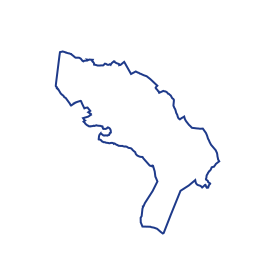 Ixtapaluca, México, Mexico, rotated 48°
{"feature_id": "50627088B19998510456179", "entity_name": "Ixtapaluca", "entity_type": "district", "adm_level": 2, "iso_a3": "MEX", "parent_name": "Mexico", "parent_adm1": "México", "projection": "orthographic", "projection_center": [-98.802, 19.329], "detail": "fine", "context": "isolated", "style": "outline", "palette": "blue", "viewbox_px": 256, "rotation_deg": 48, "n_neighbors": 0, "source": "geoboundaries", "source_scale": "gbopen_adm2", "svg_char_len": 5615}
<svg xmlns="http://www.w3.org/2000/svg" viewBox="0 0 256 256"><g transform="rotate(48 128 128)"><path d="M197.6,171.2L202.6,176.8L203.2,178.7L206.7,181.7L206.8,181.7L210.9,183.2L216.4,177.4L217.2,177.1L219.4,175.4L222.4,173.8L227.3,173.2L229.7,172.7L229.9,171.7L221.1,154.2L209.8,131.0L211.4,121.3L211.7,113.2L211.7,112.9L213.9,114.2L214.6,114.4L215.2,114.5L216.0,114.5L216.7,114.4L217.4,114.1L219.0,113.1L219.8,112.8L220.4,112.7L221.8,112.7L221.9,109.9L221.8,109.1L222.0,108.5L222.3,108.5L223.4,109.0L223.9,109.1L224.3,109.3L224.9,109.4L225.2,109.4L225.3,109.3L225.9,108.3L225.8,108.2L225.6,107.8L225.4,107.8L225.2,107.5L225.2,107.0L224.7,106.4L224.4,104.2L223.9,104.1L223.3,104.4L222.7,104.4L222.4,104.5L221.8,104.6L220.8,104.1L220.3,104.1L219.0,104.4L218.6,104.5L218.3,104.4L218.0,104.2L217.9,103.9L217.5,103.2L217.2,102.8L216.2,101.7L215.8,101.1L215.3,99.4L214.8,98.3L214.8,97.8L214.6,97.3L214.4,96.7L214.5,96.2L214.5,95.6L214.5,95.2L214.2,94.2L214.0,93.7L213.2,92.1L214.3,89.9L214.1,89.4L214.0,88.5L213.5,86.7L213.8,82.5L212.2,82.2L211.7,82.1L211.1,81.7L208.8,80.4L207.6,79.5L206.1,78.6L203.2,77.7L196.0,77.5L192.9,76.7L191.3,76.1L189.9,75.8L188.8,75.4L188.2,75.1L187.6,74.8L186.2,74.2L183.8,73.4L178.5,72.8L177.4,74.2L176.5,75.2L175.3,76.2L174.4,77.1L172.3,78.9L171.3,79.8L170.5,80.4L168.9,80.4L167.5,80.5L166.4,80.6L162.0,80.3L160.7,80.1L159.1,79.6L157.9,79.0L157.1,78.6L156.8,80.3L156.5,81.5L156.3,83.6L155.7,83.6L155.1,84.0L154.9,84.0L153.8,83.8L152.5,83.3L151.4,82.7L150.9,82.5L149.5,82.2L148.9,82.0L146.8,80.9L146.1,80.6L145.3,80.3L144.6,80.2L143.5,79.9L142.8,79.6L142.0,79.4L141.5,79.0L138.4,75.6L137.6,75.0L137.0,74.9L136.6,74.9L135.6,75.2L135.0,75.1L133.7,74.8L132.9,74.6L132.4,74.5L131.4,74.7L130.4,74.8L130.1,74.8L129.2,75.3L128.9,75.3L128.1,75.1L127.4,75.2L126.8,75.4L126.0,75.6L125.3,76.2L124.3,76.9L124.0,77.0L123.7,78.2L122.7,81.3L122.3,81.2L121.5,80.7L121.1,80.9L120.2,80.9L119.3,80.7L118.1,80.8L117.0,80.7L116.6,80.6L116.3,79.6L116.2,77.9L106.6,78.7L102.0,79.5L99.3,81.0L97.2,81.9L96.4,82.2L95.5,82.8L94.1,83.1L93.4,83.6L91.2,84.4L89.9,89.6L79.1,87.2L78.3,87.0L77.4,86.8L76.3,86.6L76.1,91.4L75.7,91.8L75.4,92.5L74.6,91.9L74.2,92.0L72.6,92.9L71.8,93.3L70.9,93.5L70.0,93.8L69.5,93.5L69.0,93.8L68.9,96.5L69.3,98.4L69.4,98.6L68.7,98.7L68.4,98.9L68.4,99.4L68.3,99.7L67.7,100.6L66.7,101.2L65.5,101.5L64.7,102.2L64.8,103.0L64.9,103.6L64.8,104.7L63.2,106.4L62.9,107.0L62.5,107.4L61.8,108.2L61.2,108.8L59.8,109.6L58.2,110.8L57.5,110.1L56.9,109.9L55.4,109.7L55.2,109.9L54.2,109.8L53.7,108.6L52.9,109.4L52.6,109.7L52.5,109.9L51.8,110.4L51.5,110.6L51.1,111.6L50.1,112.4L50.8,112.4L50.7,113.0L48.7,115.6L48.7,116.5L48.3,116.7L47.6,116.9L44.8,116.7L44.1,117.0L43.4,117.1L42.5,117.9L42.2,118.1L41.9,118.6L41.3,119.2L41.1,119.5L40.8,119.8L40.3,120.0L40.1,120.1L37.7,120.4L36.0,120.7L35.5,120.8L35.1,120.7L34.9,120.9L34.6,121.1L33.3,121.7L32.9,122.1L30.4,123.7L30.2,123.6L29.9,123.8L29.7,124.0L28.4,124.7L27.7,125.2L27.5,125.4L27.4,125.4L26.9,126.4L26.1,127.7L26.2,127.9L28.7,130.9L46.2,151.1L48.0,153.1L48.5,153.6L48.8,153.7L50.1,153.6L50.4,154.1L50.7,154.3L51.7,154.2L51.9,154.2L51.9,153.9L52.4,153.9L57.4,154.9L59.5,154.7L60.7,154.4L61.2,154.5L62.3,154.7L62.5,154.7L64.0,154.2L70.9,154.9L73.0,155.4L73.3,155.1L73.4,153.8L73.8,151.4L73.6,151.4L74.3,149.3L74.2,149.3L74.7,148.1L76.1,145.1L76.5,144.9L79.1,145.8L81.8,146.6L84.2,147.3L84.7,145.9L85.7,144.4L90.0,144.6L89.7,147.0L92.3,146.3L92.3,146.6L93.4,146.7L93.2,147.8L93.1,148.7L92.9,150.0L90.6,154.8L93.1,155.1L93.4,155.1L93.6,155.0L93.5,156.8L93.9,156.8L94.5,156.5L94.8,156.5L95.3,156.7L96.1,156.8L97.6,156.7L97.9,156.6L98.2,156.6L98.4,156.5L99.1,156.4L99.3,156.2L99.7,156.1L100.0,155.9L100.6,155.9L101.0,155.5L101.3,155.3L101.4,155.2L101.5,154.8L101.9,154.6L102.1,154.1L103.0,152.8L103.1,152.5L103.2,152.3L103.2,152.2L103.6,152.0L104.0,151.6L104.2,151.1L104.2,150.9L104.4,150.7L104.5,150.4L104.8,149.7L105.1,149.6L105.4,149.4L105.7,149.1L106.3,148.7L106.9,148.1L107.5,147.5L107.6,147.4L107.8,147.3L108.0,147.0L108.8,146.6L109.1,146.6L109.4,146.1L109.8,145.9L111.7,147.0L112.2,146.7L112.4,146.7L112.6,146.3L113.4,145.6L113.6,145.4L114.1,144.2L114.0,143.4L114.1,143.1L114.0,142.7L114.3,142.4L114.9,142.2L115.1,142.1L115.5,142.0L116.0,141.9L117.0,142.0L118.1,142.4L118.8,142.9L119.8,143.7L119.9,143.8L119.9,144.0L119.9,144.3L119.8,144.5L119.6,144.8L119.6,145.0L120.0,145.6L120.2,145.8L120.5,146.8L120.2,147.2L120.0,147.7L120.0,147.8L120.0,148.0L119.8,148.0L119.4,148.8L118.6,149.4L118.4,149.8L118.1,150.3L117.7,150.5L117.6,150.8L117.3,151.1L116.5,151.4L115.9,151.4L113.9,151.9L113.7,151.8L113.9,153.5L114.4,154.5L114.7,155.0L115.4,155.8L116.2,156.7L116.7,157.3L116.9,157.4L117.9,156.6L118.5,156.3L119.2,156.3L119.3,156.2L119.9,156.2L120.2,156.3L120.5,156.3L121.3,155.9L121.9,155.8L122.3,155.6L123.1,154.7L123.7,154.4L124.0,154.3L124.3,154.1L126.0,152.6L126.5,152.4L127.1,151.8L127.3,151.4L127.5,150.9L127.8,150.5L128.1,150.1L128.4,149.9L128.6,149.6L129.1,149.4L130.2,148.6L130.4,148.8L130.6,148.3L131.6,148.0L132.8,147.8L133.5,147.2L133.8,147.1L134.3,147.1L134.9,146.9L135.5,146.3L136.7,145.2L137.5,144.2L138.4,143.8L139.6,142.9L139.8,142.4L140.5,142.0L140.9,141.5L142.8,141.0L143.1,140.9L144.3,139.9L145.3,139.3L146.1,139.2L147.6,139.3L148.2,139.2L149.2,139.1L150.8,138.8L151.6,139.2L152.3,139.5L153.0,139.6L153.8,139.6L154.8,139.5L155.5,139.2L156.9,138.6L157.9,137.9L158.5,137.4L158.9,136.9L159.0,136.8L159.4,136.6L160.7,136.9L170.4,137.0L172.7,135.7L172.3,135.0L172.8,134.7L178.1,137.2L182.6,140.3L183.2,140.4L187.4,141.9L191.3,151.8L195.1,165.7L196.5,168.8L196.2,169.4L197.0,170.0L197.6,171.2Z" fill="none" stroke="#1e3a8a" stroke-width="2"/></g></svg>